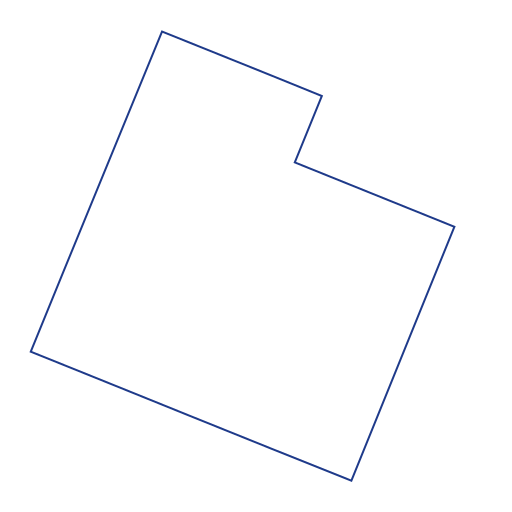 outline of Rice, Minnesota, United States of America, rotated 22°
{"feature_id": "52423323B99924975008254", "entity_name": "Rice", "entity_type": "district", "adm_level": 2, "iso_a3": "USA", "parent_name": "United States of America", "parent_adm1": "Minnesota", "projection": "albers", "projection_center": [-93.255, 44.37], "detail": "fine", "context": "isolated", "style": "outline", "palette": "blue", "viewbox_px": 512, "rotation_deg": 22, "n_neighbors": 0, "source": "geoboundaries", "source_scale": "gbopen_adm2", "svg_char_len": 327}
<svg xmlns="http://www.w3.org/2000/svg" viewBox="0 0 512 512"><g transform="rotate(22 256 256)"><path d="M425.2,428.6L428.6,428.6L428.8,255.1L429.0,154.6L256.9,154.7L257.1,83.0L203.0,82.9L84.8,83.1L83.3,342.7L83.0,429.1L167.7,429.0L253.4,429.0L342.1,428.9L425.2,428.6Z" fill="none" stroke="#1e3a8a" stroke-width="2"/></g></svg>